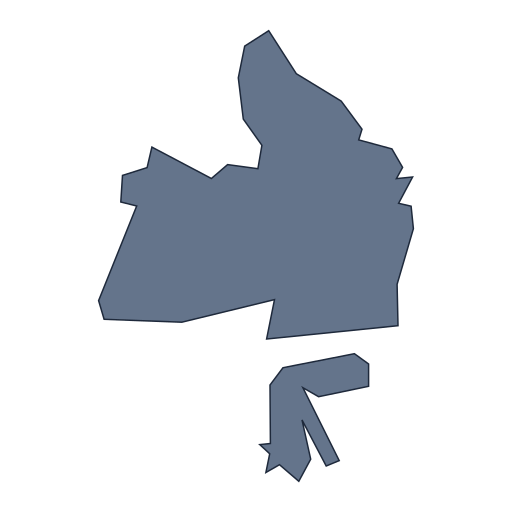 map outline of Sirdaryo (Mercator projection)
{"feature_id": "UZB-371", "entity_name": "Sirdaryo", "entity_type": "Region", "adm_level": 1, "iso_a3": "UZB", "parent_name": "Uzbekistan", "parent_adm1": "", "projection": "mercator", "projection_center": [68.713, 40.386], "detail": "coarse", "context": "isolated", "style": "filled", "palette": "slate", "viewbox_px": 512, "rotation_deg": 0, "n_neighbors": 0, "source": "natural_earth", "source_scale": "10m", "svg_char_len": 728}
<svg xmlns="http://www.w3.org/2000/svg" viewBox="0 0 512 512"><path d="M398.0,325.7L266.6,339.0L274.5,299.6L181.8,322.2L104.1,319.3L98.6,300.6L136.7,206.0L120.8,202.0L122.5,175.4L147.1,167.6L151.9,147.1L211.4,178.5L227.6,164.6L257.9,168.7L261.9,145.3L243.3,119.1L238.3,77.8L244.7,46.1L268.7,30.7L296.3,73.7L341.2,101.1L362.0,129.2L358.7,139.9L391.9,148.9L402.6,167.4L396.4,178.6L412.6,177.0L398.6,203.3L411.1,206.2L413.4,228.7L397.1,284.3L398.0,325.7ZM354.4,353.7L368.6,364.0L368.6,386.3L318.6,396.7L302.9,387.7L339.2,460.6L326.2,466.0L302.0,419.9L310.7,459.2L298.8,481.3L279.5,464.7L265.9,472.5L269.7,453.8L259.8,444.6L270.4,443.5L270.0,385.0L283.0,367.7L354.4,353.7Z" fill="#64748b" stroke="#1e293b" stroke-width="1.5"/></svg>